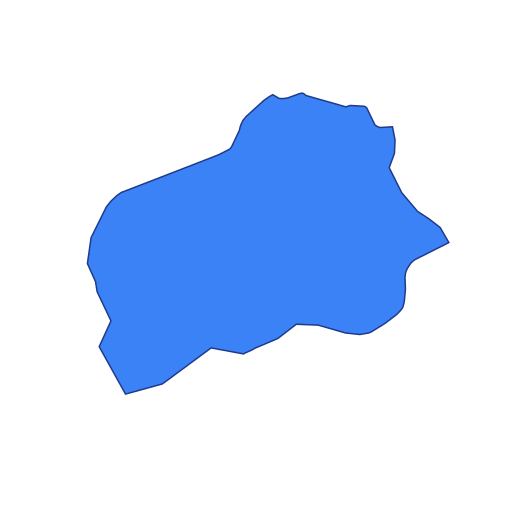 SVG path tracing the border of Kissidougou, rotated 146°
{"feature_id": "GIN-5644", "entity_name": "Kissidougou", "entity_type": "Prefecture", "adm_level": 1, "iso_a3": "GIN", "parent_name": "Guinea", "parent_adm1": "", "projection": "albers", "projection_center": [-10.045, 9.288], "detail": "fine", "context": "isolated", "style": "filled", "palette": "blue", "viewbox_px": 512, "rotation_deg": 146, "n_neighbors": 0, "source": "natural_earth", "source_scale": "10m", "svg_char_len": 1090}
<svg xmlns="http://www.w3.org/2000/svg" viewBox="0 0 512 512"><g transform="rotate(146 256 256)"><path d="M224.9,142.2L243.2,164.0L260.8,176.9L283.9,175.4L308.7,180.2L311.4,180.3L320.0,181.8L321.0,181.7L344.6,204.9L405.1,202.3L441.4,214.5L436.7,268.5L412.5,283.3L407.7,315.2L403.4,324.4L400.0,344.0L382.5,363.4L352.6,380.4L345.6,382.6L337.5,383.9L332.1,384.0L279.7,372.0L230.2,360.8L217.7,359.3L214.8,360.4L199.6,369.4L197.0,371.8L195.1,373.3L191.0,375.7L186.0,377.2L162.4,380.6L155.8,380.7L152.0,380.4L151.5,379.5L148.7,373.7L145.8,371.5L141.3,369.3L129.2,366.3L126.7,365.3L125.9,364.3L125.3,362.9L124.8,361.1L98.1,329.4L93.7,328.1L82.9,319.9L81.9,318.7L81.4,316.8L84.1,298.1L82.8,295.0L81.2,293.1L70.6,286.8L75.8,274.5L83.8,263.7L96.2,254.7L99.8,226.9L97.1,202.6L91.8,190.0L87.4,176.6L88.6,159.3L126.2,164.1L128.8,164.0L131.9,163.4L137.2,161.2L139.7,159.7L141.5,158.3L144.5,154.9L150.8,144.7L158.3,135.6L161.9,132.2L162.8,131.6L164.0,130.9L167.4,129.8L172.2,128.8L186.8,128.0L202.8,128.6L205.5,129.1L213.9,132.9L224.9,142.2Z" fill="#3b82f6" stroke="#1e3a8a" stroke-width="1.5"/></g></svg>